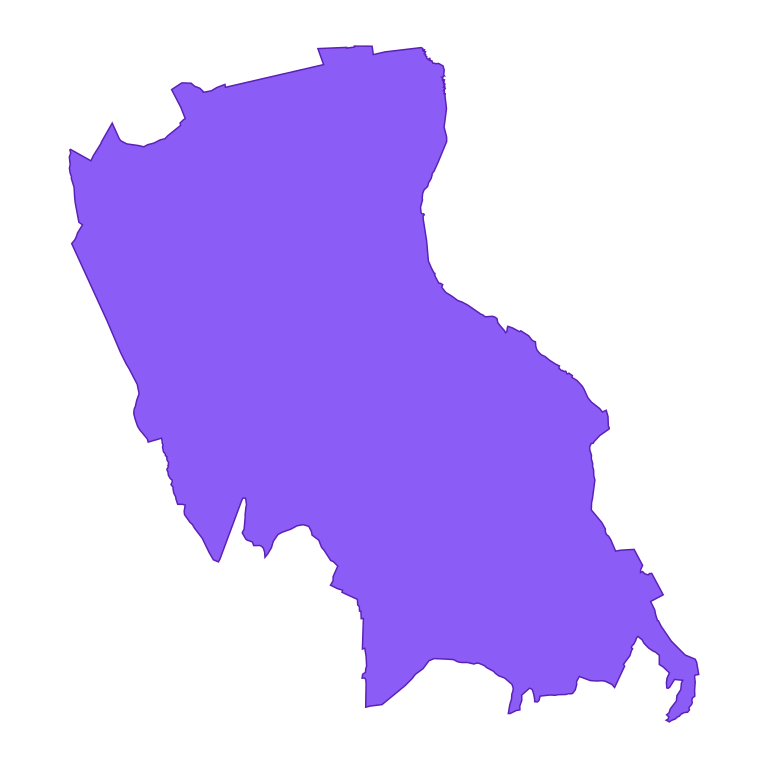 Sarbi, Bihor, Romania (orthographic projection)
{"feature_id": "2599482B57220998873556", "entity_name": "Sarbi", "entity_type": "district", "adm_level": 2, "iso_a3": "ROU", "parent_name": "Romania", "parent_adm1": "Bihor", "projection": "orthographic", "projection_center": [22.14, 47.176], "detail": "fine", "context": "isolated", "style": "filled", "palette": "violet", "viewbox_px": 768, "rotation_deg": 0, "n_neighbors": 0, "source": "geoboundaries", "source_scale": "gbopen_adm2", "svg_char_len": 6031}
<svg xmlns="http://www.w3.org/2000/svg" viewBox="0 0 768 768"><path d="M508.3,713.5L510.1,713.5L516.3,710.5L519.9,709.9L519.8,706.0L521.8,700.4L521.7,695.1L529.5,688.2L532.2,689.4L533.5,693.4L534.6,698.7L534.7,701.7L537.6,701.9L539.0,700.4L540.1,696.1L550.1,695.0L555.4,695.3L557.8,694.7L565.9,694.5L568.3,693.7L571.4,693.8L572.7,693.3L575.3,689.8L576.7,684.5L576.5,682.1L576.8,681.1L579.3,676.5L590.4,680.6L597.1,681.0L601.6,680.7L605.1,681.2L611.9,684.4L614.6,687.5L624.6,666.2L623.5,664.3L629.9,655.7L631.5,650.6L632.6,648.7L631.3,647.8L632.2,645.5L633.7,644.3L635.7,640.5L636.4,638.3L637.9,636.4L642.1,639.8L644.1,643.4L648.7,648.1L653.4,651.3L655.2,651.9L659.3,655.3L659.3,664.5L663.1,666.9L669.4,672.9L667.0,678.3L666.4,682.8L666.8,687.9L668.0,688.3L669.7,687.2L674.5,679.5L682.8,680.3L681.4,683.0L680.8,689.6L676.9,695.6L676.4,700.9L670.3,708.9L669.0,712.9L666.6,714.8L668.8,716.8L668.1,719.1L666.2,720.2L669.4,721.9L671.3,720.5L675.4,718.9L677.2,717.2L679.3,716.2L681.5,713.7L682.3,713.7L683.6,712.7L687.6,712.2L689.5,709.9L688.9,708.2L689.0,707.6L691.7,704.2L692.2,702.9L691.9,699.8L692.4,698.0L694.8,696.2L694.6,690.2L695.2,682.1L694.6,676.9L695.0,675.1L698.7,674.5L696.7,662.5L695.2,659.2L685.1,655.0L671.3,641.1L661.2,626.3L658.4,620.8L657.4,620.3L655.6,614.5L654.7,609.8L650.6,601.5L663.2,594.8L651.7,573.4L649.3,573.6L649.1,574.3L648.1,574.9L644.8,573.8L642.5,571.5L640.5,572.6L640.6,569.8L642.6,565.4L634.1,549.4L620.7,550.2L615.6,551.1L610.8,539.8L608.6,536.2L606.5,534.5L605.4,531.9L605.3,528.8L601.7,522.4L591.3,509.9L591.6,502.5L592.5,498.4L594.9,480.0L593.8,475.9L593.6,469.8L592.6,466.6L592.7,463.7L591.3,458.5L591.5,455.3L589.8,450.0L589.7,446.8L591.3,443.4L593.1,443.3L594.2,441.5L599.9,435.4L609.2,428.9L609.1,427.2L608.5,426.8L608.3,425.0L608.0,416.5L606.2,410.3L602.4,412.0L599.6,408.5L591.5,402.2L587.8,397.6L584.0,389.2L582.2,386.1L576.9,380.4L571.8,377.3L572.4,375.6L568.9,373.2L567.5,374.0L566.8,373.7L566.0,371.5L565.1,371.1L564.2,371.6L562.3,370.4L561.5,370.6L558.8,368.0L559.5,366.0L555.2,363.9L549.5,360.2L545.0,356.5L541.0,354.6L538.7,352.2L536.8,349.6L535.8,346.3L535.4,341.7L533.6,341.2L531.7,339.8L528.8,335.9L520.8,330.8L519.5,331.7L512.7,328.0L507.9,326.3L507.3,327.9L506.9,331.6L505.5,332.7L504.7,331.0L499.6,325.1L497.7,322.4L497.0,318.6L494.7,317.0L492.5,316.3L485.1,316.8L482.7,314.8L480.6,314.0L468.1,305.3L462.2,302.1L457.7,300.5L452.2,296.4L445.7,292.4L441.7,287.2L442.7,284.6L439.9,283.1L438.9,283.3L435.6,277.3L434.6,274.6L435.0,274.0L434.8,273.3L434.1,273.1L431.4,268.0L428.4,261.0L426.6,240.7L423.2,219.0L423.1,216.0L424.2,214.9L424.1,214.3L423.4,213.8L421.9,213.8L421.1,212.9L420.5,207.3L422.5,200.0L422.2,198.0L422.7,193.4L424.0,190.0L427.7,186.4L428.4,183.2L431.1,178.6L432.1,175.1L432.0,174.3L433.0,172.3L434.0,171.3L438.3,161.8L446.7,141.4L446.6,136.9L444.1,127.1L446.5,108.6L445.0,96.0L445.2,93.7L444.0,93.8L444.4,91.8L444.3,90.5L443.6,90.5L444.2,89.3L445.3,88.7L445.0,87.8L443.6,87.3L444.8,86.2L443.9,85.7L444.0,85.0L444.9,84.4L444.6,83.4L443.7,83.8L443.5,83.5L443.8,82.0L443.2,81.8L443.0,80.8L444.2,81.0L444.4,79.8L442.4,79.7L442.8,78.2L441.8,77.3L442.9,77.2L443.4,75.9L444.4,75.9L443.9,75.3L443.8,74.0L444.2,69.9L443.0,65.9L438.5,63.4L435.7,63.8L434.9,63.3L432.9,63.2L431.8,60.7L430.5,60.8L429.4,60.2L430.1,59.2L429.9,58.4L429.3,58.4L428.3,59.5L427.1,58.6L426.7,58.2L426.7,56.5L425.7,56.1L425.3,55.1L425.7,54.7L425.0,53.7L424.3,53.6L425.5,51.7L423.9,51.3L424.5,49.8L423.8,49.8L423.4,50.8L423.1,50.8L422.7,50.2L422.8,48.5L421.1,47.6L385.0,51.9L373.3,54.6L372.1,46.2L354.3,46.1L354.4,47.1L346.6,48.1L346.6,47.4L317.9,48.6L323.6,64.6L225.5,87.3L224.9,84.4L216.9,87.5L211.3,90.8L204.6,92.1L203.2,92.2L203.1,91.4L199.8,88.2L194.7,86.3L191.1,83.2L181.8,82.9L171.6,89.6L180.8,107.3L185.3,118.7L183.6,119.6L180.1,123.0L180.6,125.4L167.9,135.6L165.0,138.7L160.1,139.9L153.9,143.1L147.7,144.7L143.8,146.8L138.9,145.6L126.8,143.9L120.8,140.8L119.2,138.6L112.2,123.1L101.2,142.4L101.1,143.3L93.5,155.4L90.9,160.8L70.5,149.4L69.9,149.8L70.7,153.2L69.3,157.0L70.2,164.6L69.4,168.1L70.1,172.9L71.5,176.7L71.3,178.4L74.1,187.4L74.6,197.0L75.2,202.7L78.9,222.3L82.5,224.8L77.5,233.0L76.6,236.0L74.9,239.7L71.7,243.6L107.0,320.7L120.4,352.2L126.0,363.6L129.1,368.7L137.2,384.3L139.1,393.7L136.7,400.3L135.3,406.7L134.4,408.4L133.8,411.9L133.9,414.2L135.2,419.3L137.6,426.3L139.8,429.9L147.3,438.9L148.2,442.1L161.5,438.2L162.2,441.6L162.1,442.7L163.1,445.5L162.5,446.8L163.5,451.9L165.3,453.9L165.4,455.7L166.9,456.6L166.7,457.6L167.1,460.3L168.6,462.5L168.3,463.7L168.5,464.8L167.9,465.5L168.4,466.2L168.3,466.7L166.9,469.2L167.2,470.6L167.9,471.7L168.4,475.3L170.2,478.5L172.1,480.1L172.2,482.0L171.0,484.6L173.1,487.2L173.0,488.4L173.7,492.9L175.6,496.7L176.1,499.5L177.7,504.3L182.3,504.3L185.2,505.1L184.2,510.9L184.4,514.0L185.1,515.5L190.0,522.3L192.5,524.6L194.5,528.2L202.2,538.2L209.3,552.8L213.4,559.8L218.4,561.9L219.9,559.2L241.6,500.8L243.0,498.0L245.4,498.2L245.9,500.0L246.5,505.0L245.9,507.4L245.1,515.0L245.2,516.8L244.1,529.3L242.7,531.6L242.3,533.0L245.7,538.9L246.9,540.0L252.4,542.0L253.7,545.6L259.8,545.5L261.4,546.2L263.3,548.0L264.6,552.0L265.0,557.3L267.8,553.8L271.4,547.8L273.3,541.3L277.9,534.6L282.0,532.3L291.2,529.0L297.0,525.8L303.2,524.7L308.7,526.3L311.3,531.3L312.1,535.1L318.8,540.2L321.5,547.2L324.4,550.7L330.7,560.5L333.3,561.6L337.8,566.1L333.1,576.6L333.1,580.7L330.5,585.2L337.6,588.7L342.6,590.2L342.0,592.3L357.4,599.4L357.7,605.0L359.3,606.5L359.5,611.1L360.9,611.1L361.2,618.7L363.4,618.5L362.4,649.0L364.8,648.3L366.1,656.3L366.6,666.1L365.7,669.0L365.4,672.4L362.6,674.3L362.1,678.2L364.5,677.9L365.8,679.7L366.1,683.6L365.7,707.2L370.1,706.1L382.0,704.6L404.9,685.8L412.1,678.6L415.3,674.4L423.1,668.6L428.9,660.8L434.1,658.6L446.2,659.1L453.5,659.6L457.7,661.8L461.7,662.5L467.5,662.5L473.9,664.0L476.8,663.1L478.7,663.2L484.2,665.5L486.7,667.6L493.7,671.4L495.2,673.2L498.7,675.8L504.6,678.0L512.0,684.4L513.2,688.0L513.0,690.7L511.8,694.4L511.5,699.1L509.8,704.7L508.3,713.5Z" fill="#8b5cf6" stroke="#5b21b6" stroke-width="1.5"/></svg>